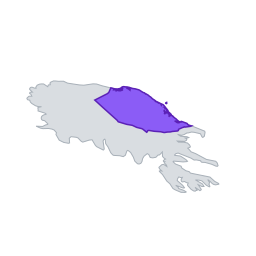 Iceland, with Suðurland highlighted, rotated 204°
{"feature_id": "ISL-705", "entity_name": "Suðurland", "entity_type": "Region", "adm_level": 1, "iso_a3": "ISL", "parent_name": "Iceland", "parent_adm1": "", "projection": "natural_earth1", "projection_center": [-19.582, 64.139], "detail": "fine", "context": "in_parent", "style": "filled", "palette": "violet", "viewbox_px": 256, "rotation_deg": 204, "n_neighbors": 0, "source": "natural_earth", "source_scale": "10m", "svg_char_len": 7543}
<svg xmlns="http://www.w3.org/2000/svg" viewBox="0 0 256 256"><g transform="rotate(204 128 128)"><path d="M194.6,96.1L196.8,96.1L200.3,95.3L205.5,92.8L207.7,92.3L212.7,92.3L206.6,94.7L204.5,97.3L202.8,98.6L202.9,99.2L207.2,100.8L209.2,100.3L210.1,100.5L211.0,101.2L211.6,102.7L211.3,104.3L210.1,105.9L208.4,107.2L208.7,107.6L210.0,107.8L217.1,107.0L217.9,109.0L218.6,109.6L218.4,110.3L215.7,112.3L218.9,111.0L221.6,110.7L226.0,111.3L227.9,112.1L229.0,113.4L231.2,113.0L232.3,113.7L232.4,114.5L231.4,116.7L228.8,117.9L230.5,119.4L231.8,119.5L232.1,119.8L232.0,120.8L229.9,121.9L233.4,123.2L233.8,123.6L233.7,125.0L233.1,125.8L232.1,126.3L229.7,126.4L228.2,126.9L228.8,127.8L228.4,130.2L226.5,132.2L224.7,133.2L223.0,133.9L218.1,133.1L218.3,134.9L216.6,135.9L217.0,136.8L217.6,137.2L217.3,138.4L215.2,140.7L213.6,141.4L210.5,142.4L206.0,144.5L201.5,144.4L190.2,147.5L185.8,149.1L177.9,154.1L174.6,155.4L168.9,156.0L151.6,159.2L149.6,161.2L149.6,161.6L150.3,162.3L149.0,163.7L146.4,164.7L145.2,164.7L143.0,163.9L142.8,164.3L143.6,165.3L135.2,167.0L123.4,166.1L113.0,163.7L104.8,163.2L99.0,159.9L98.8,159.3L99.4,158.3L101.5,157.9L100.5,156.9L97.0,158.7L95.9,158.6L94.4,157.9L94.3,157.2L91.4,156.9L86.4,154.8L86.0,154.3L87.2,153.6L84.2,153.6L80.2,155.5L56.6,156.3L55.8,155.3L54.9,151.5L55.8,149.8L56.8,150.0L59.5,152.2L65.8,151.0L68.4,150.1L70.8,148.1L72.2,147.4L74.1,144.8L76.1,143.1L80.1,142.4L76.5,141.9L70.6,144.0L68.6,144.0L69.5,143.1L71.6,142.1L70.2,142.0L69.6,141.5L69.6,140.5L70.7,138.9L77.7,136.1L76.1,135.6L71.2,137.7L67.6,138.5L64.8,137.5L63.4,136.2L63.5,135.6L65.2,133.9L64.9,133.6L63.8,133.4L60.7,131.9L55.8,132.1L43.6,131.2L34.3,133.3L32.2,132.3L30.4,130.2L30.8,129.3L32.4,128.9L36.9,128.9L43.6,127.9L46.6,126.7L47.8,127.0L48.3,127.6L52.4,126.7L54.6,125.6L58.2,126.1L72.0,125.5L73.8,124.1L74.5,122.4L74.2,122.0L69.1,123.6L68.0,123.6L62.2,122.7L60.1,121.8L60.8,121.1L63.9,119.4L71.8,116.7L72.9,116.2L73.1,115.5L70.0,114.4L64.0,114.7L62.5,113.3L57.7,112.5L54.4,113.0L52.6,112.2L33.2,116.5L27.0,114.5L22.6,114.2L22.2,113.6L24.8,111.7L26.6,111.3L28.4,111.5L31.8,112.8L34.2,113.3L31.3,111.3L31.2,109.4L30.3,109.0L29.4,107.7L29.8,107.3L33.3,107.6L38.9,109.7L41.7,109.3L45.3,108.0L37.3,107.2L34.8,105.5L36.6,104.6L40.8,104.7L36.2,101.8L36.0,101.3L36.8,100.0L42.6,101.1L39.6,99.4L39.5,99.0L40.4,98.7L40.9,97.6L42.4,97.2L45.3,97.6L49.8,99.6L50.5,100.2L50.6,102.2L52.4,101.9L54.6,102.1L56.4,100.8L57.6,101.1L58.5,102.3L58.3,105.0L59.6,104.1L61.7,104.0L62.1,101.8L61.7,100.0L54.8,97.9L52.1,96.4L52.4,95.9L53.8,95.5L61.1,95.1L58.0,94.2L57.2,93.3L51.7,93.7L48.9,93.3L48.9,92.9L50.0,92.2L53.4,90.8L59.7,90.7L62.3,91.0L67.1,94.1L71.0,95.3L77.5,99.5L81.7,101.1L81.9,101.5L81.2,102.0L79.6,102.5L82.1,103.3L83.6,104.3L83.7,104.8L82.2,108.2L80.7,109.3L76.8,108.6L77.7,109.7L80.4,110.8L81.1,111.5L80.6,112.1L82.0,111.9L82.4,112.3L81.8,114.2L81.1,114.9L83.4,115.3L85.0,116.2L86.9,120.1L87.9,117.1L88.5,116.0L89.5,115.6L90.6,112.6L93.2,110.8L95.7,110.1L98.2,112.2L100.0,112.4L101.9,108.7L102.2,106.0L101.6,103.0L101.9,100.9L103.2,99.6L104.8,99.2L108.3,100.5L111.2,103.5L115.6,106.7L118.7,107.5L119.2,107.4L119.7,106.4L119.3,102.1L120.7,99.9L124.3,99.3L129.8,97.2L131.0,97.2L133.7,98.4L138.6,102.6L142.0,104.6L143.9,107.8L144.7,108.4L145.4,107.4L145.5,106.0L141.3,99.4L141.2,98.5L141.6,97.8L149.1,98.2L150.8,98.9L156.0,102.6L158.6,101.1L163.6,96.7L165.3,96.8L169.7,98.6L171.4,98.5L176.5,96.9L177.5,94.8L175.3,90.6L176.2,89.8L180.8,88.7L185.9,88.9L191.2,92.8L191.4,94.6L194.6,96.1Z" fill="#d9dde1" stroke="#a8b0b8" stroke-width="1"/><path d="M160.0,157.7L158.4,158.0L156.6,158.3L156.8,158.1L156.9,157.9L156.9,157.6L156.8,157.3L156.6,157.7L156.4,157.9L156.1,158.0L155.8,157.8L155.9,158.0L156.0,158.2L156.0,158.4L153.4,159.4L153.6,158.9L154.1,158.5L154.8,158.4L155.3,158.4L155.3,158.2L154.0,157.8L153.5,157.5L153.4,157.8L153.5,158.0L153.0,158.4L152.6,158.3L152.1,158.2L151.5,158.2L151.9,158.4L151.9,158.5L151.4,158.5L151.2,158.6L150.7,158.6L150.3,158.8L150.0,159.0L149.9,159.3L149.8,159.8L149.6,160.1L149.2,160.2L148.9,159.9L148.6,160.2L148.5,160.4L148.6,160.6L148.9,160.6L149.2,160.6L149.6,160.3L149.9,160.3L151.4,160.4L152.0,160.3L151.1,161.2L150.6,161.5L150.1,161.3L150.2,161.2L149.4,161.2L149.4,161.4L148.9,161.4L148.6,161.5L148.8,161.5L149.0,161.6L149.0,162.0L150.5,162.0L150.8,161.8L150.3,162.7L149.6,163.5L148.7,164.1L146.7,164.6L145.4,165.2L144.2,165.3L143.5,164.8L143.8,164.6L144.3,164.5L144.5,164.4L144.8,164.1L145.0,164.0L145.7,163.9L145.1,163.8L144.0,163.9L143.5,163.9L142.2,163.5L141.8,163.4L141.9,163.6L141.7,163.6L141.6,163.8L141.8,163.9L142.2,164.4L142.4,164.4L142.6,164.6L142.7,165.0L142.7,165.3L142.8,165.5L143.6,165.5L144.1,165.5L144.4,165.5L140.2,165.9L137.8,166.6L133.6,167.3L132.6,167.2L128.8,166.6L127.2,166.8L126.7,166.7L126.9,166.7L127.0,166.7L126.4,166.5L126.0,166.3L125.7,166.2L125.3,166.5L122.7,166.2L122.4,166.1L121.4,165.7L119.8,165.5L117.5,164.6L114.3,164.1L113.7,163.8L114.0,163.7L113.8,163.4L113.6,163.4L113.3,163.5L113.0,163.6L111.1,163.4L111.2,163.5L113.2,163.8L108.0,163.6L107.6,163.2L107.6,163.3L107.4,163.4L107.2,163.3L107.1,163.2L107.2,163.6L105.7,163.6L105.0,163.5L102.0,162.0L101.7,161.8L102.0,162.0L102.3,162.0L102.6,162.0L102.9,161.8L102.7,161.8L102.2,161.7L102.1,161.3L102.1,161.2L101.8,161.5L101.4,161.6L101.1,161.5L100.6,161.3L100.6,161.2L101.3,161.3L101.1,160.9L100.7,160.7L100.3,160.5L100.0,160.3L99.7,159.9L99.5,159.5L99.3,159.4L98.8,159.4L98.8,159.6L99.4,160.1L99.8,160.6L100.1,161.0L98.8,160.3L98.2,159.8L97.8,159.2L98.1,159.1L98.0,158.9L97.7,158.5L98.3,158.2L98.9,158.0L100.2,157.8L100.8,158.0L101.9,158.7L102.6,158.7L102.2,158.5L101.7,158.0L101.5,157.8L100.0,157.3L100.6,156.7L100.6,156.1L100.4,156.0L100.2,156.1L100.3,156.3L100.3,156.5L100.0,156.7L99.2,157.3L98.6,157.7L98.3,157.9L97.8,158.0L97.6,158.1L97.6,158.4L97.6,158.6L97.6,158.9L97.4,159.1L96.4,158.9L95.6,158.5L94.9,158.3L93.5,157.7L94.8,157.7L95.0,157.7L95.5,158.0L95.8,158.0L95.9,157.9L96.1,157.8L96.8,157.8L96.8,157.7L96.2,157.7L96.3,157.5L96.5,157.5L96.5,157.3L95.1,157.5L94.6,157.5L94.6,157.3L95.3,156.8L95.5,156.1L95.2,155.4L94.5,155.3L95.0,155.5L95.0,155.9L94.6,156.3L93.9,156.9L93.4,157.1L92.9,157.2L92.3,157.0L92.5,157.4L92.6,157.5L91.8,157.0L90.0,156.3L87.5,155.8L86.7,155.4L86.2,155.3L85.8,155.1L85.4,154.7L85.5,154.5L85.4,154.3L85.2,153.7L86.8,153.7L87.6,153.6L88.2,153.3L86.7,153.3L85.8,153.0L85.4,153.0L84.4,153.1L84.2,153.2L84.0,153.4L83.4,153.8L83.2,153.9L83.2,154.0L84.2,154.3L84.7,154.5L84.9,154.9L84.5,154.8L83.7,154.7L82.7,154.8L82.2,154.9L81.9,155.1L82.1,155.6L81.9,155.7L81.8,155.8L76.1,156.2L75.4,155.9L74.7,155.5L74.1,155.3L73.5,155.2L70.8,155.8L71.2,155.3L71.5,155.0L76.3,152.0L77.1,152.0L77.2,151.9L77.3,151.5L77.5,151.3L77.9,151.0L78.4,150.6L79.2,149.7L80.9,147.8L81.1,147.6L81.3,147.2L81.0,146.6L81.0,146.4L81.0,146.2L81.3,145.7L81.6,145.4L86.2,142.8L87.6,141.7L90.6,140.2L92.8,138.7L93.3,138.5L96.5,137.9L102.6,135.7L107.9,134.3L108.4,134.0L108.7,133.8L108.8,133.7L108.9,133.3L108.9,133.0L108.9,132.6L108.9,132.3L109.2,131.7L114.2,133.0L114.7,133.0L115.2,133.0L120.3,132.1L125.2,132.2L130.7,130.8L139.4,129.7L141.2,130.7L143.1,131.3L148.7,133.1L158.6,136.3L169.7,140.0L160.8,151.0L160.1,152.5L160.0,153.0L160.0,157.4L160.0,157.7L160.0,157.7ZM103.5,166.0L103.7,166.4L103.5,166.7L103.3,166.9L103.1,167.1L102.9,166.8L102.8,166.6L102.6,166.3L102.7,166.0L103.1,165.9L103.5,165.9L103.5,166.0ZM152.8,159.1L153.0,159.3L153.0,159.5L152.9,159.8L152.6,160.0L152.6,159.9L152.7,159.7L152.3,159.6L151.4,159.8L151.5,159.6L152.1,159.2L152.4,159.1L152.6,159.1L152.8,159.1Z" fill="#8b5cf6" stroke="#5b21b6" stroke-width="1.5"/></g></svg>